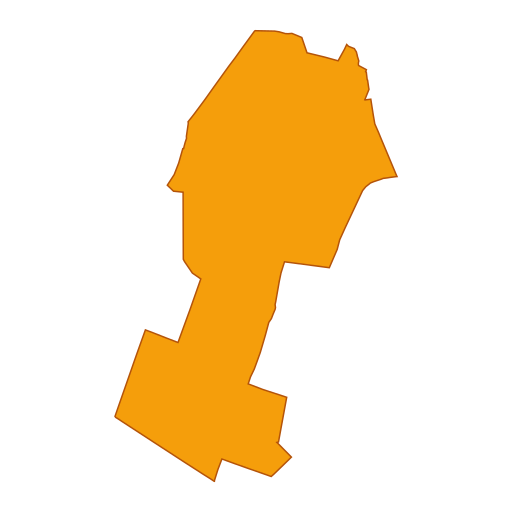 the district of Simand, Arad, Romania
{"feature_id": "2599482B98372342042544", "entity_name": "Simand", "entity_type": "district", "adm_level": 2, "iso_a3": "ROU", "parent_name": "Romania", "parent_adm1": "Arad", "projection": "orthographic", "projection_center": [21.427, 46.377], "detail": "fine", "context": "isolated", "style": "filled", "palette": "amber", "viewbox_px": 512, "rotation_deg": 0, "n_neighbors": 0, "source": "geoboundaries", "source_scale": "gbopen_adm2", "svg_char_len": 1924}
<svg xmlns="http://www.w3.org/2000/svg" viewBox="0 0 512 512"><path d="M271.2,476.5L273.6,474.4L286.4,462.0L291.4,457.1L276.9,442.4L278.5,442.0L281.1,427.7L286.7,397.3L262.6,389.4L248.2,383.9L250.5,376.9L254.3,369.0L257.0,361.6L260.3,352.4L265.3,335.4L268.8,322.4L271.4,318.6L273.0,314.4L275.1,309.4L275.5,307.6L275.1,304.6L275.7,301.8L279.2,281.7L281.0,273.0L284.5,261.8L287.5,262.2L329.3,267.7L337.2,249.4L338.6,244.0L339.7,239.8L345.0,228.1L358.0,200.4L362.6,190.6L365.8,186.7L369.0,184.2L370.4,183.0L370.7,182.9L373.9,181.6L380.9,179.3L383.2,178.4L383.7,178.3L384.0,178.3L384.6,178.2L385.6,178.1L387.8,177.8L389.6,177.5L395.6,176.7L396.7,176.6L396.8,176.5L397.0,176.5L395.8,173.8L394.9,171.6L380.9,138.2L378.6,132.6L374.8,123.9L373.2,114.6L370.8,99.2L365.1,99.9L364.8,99.8L369.0,89.3L368.7,87.8L367.6,80.1L367.2,79.8L366.3,72.1L365.6,71.7L366.2,70.2L366.4,69.7L358.6,65.5L358.4,64.5L358.4,64.0L358.4,63.0L358.6,61.9L358.8,61.0L357.8,57.6L357.2,55.7L357.3,55.2L357.0,54.5L356.4,52.0L354.3,48.6L348.5,46.3L346.7,44.5L344.4,49.4L338.1,60.8L324.7,57.1L307.0,52.8L301.8,37.5L296.8,35.4L295.3,34.8L291.9,33.4L288.2,33.7L285.4,33.6L279.1,31.8L274.6,31.1L255.3,30.7L254.6,31.0L243.2,46.6L235.0,58.0L228.8,66.2L221.4,76.5L214.2,86.5L204.6,100.0L194.1,114.1L192.0,116.8L189.6,119.8L188.0,121.9L188.1,122.1L188.3,122.7L188.1,124.6L187.8,126.6L186.4,136.3L186.5,138.4L185.2,142.3L184.3,145.6L183.6,148.6L182.8,148.6L180.1,158.1L178.7,163.0L174.2,174.6L167.3,185.2L173.5,191.2L183.1,192.2L183.2,231.3L183.3,259.3L184.6,261.7L192.4,273.1L200.8,278.9L189.8,310.2L188.5,313.7L178.0,342.5L166.8,338.2L151.8,332.3L149.4,331.4L145.4,329.9L136.6,354.5L118.7,405.7L115.0,416.4L115.7,417.4L118.6,419.2L123.4,422.4L162.5,447.9L185.1,462.6L193.2,467.8L202.8,474.0L210.3,478.7L214.2,481.3L214.4,481.3L214.6,480.0L217.9,469.5L221.9,459.0L235.4,463.9L249.5,468.9L267.0,475.0L271.2,476.5Z" fill="#f59e0b" stroke="#b45309" stroke-width="1.5"/></svg>